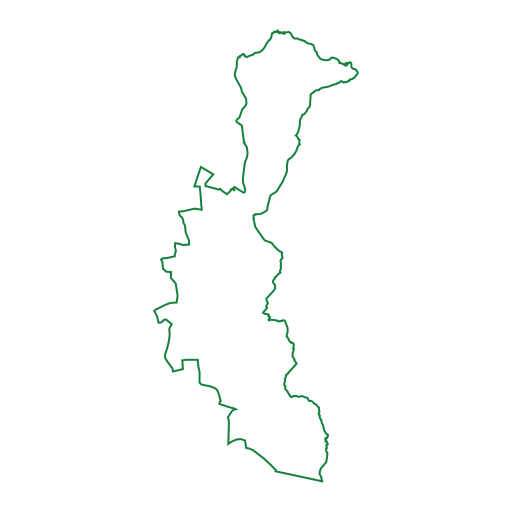 outline of Buenavista, Sucre, Colombia
{"feature_id": "7082276B40450557639680", "entity_name": "Buenavista", "entity_type": "district", "adm_level": 2, "iso_a3": "COL", "parent_name": "Colombia", "parent_adm1": "Sucre", "projection": "robinson", "projection_center": [-74.939, 9.327], "detail": "fine", "context": "isolated", "style": "outline", "palette": "green", "viewbox_px": 512, "rotation_deg": 0, "n_neighbors": 0, "source": "geoboundaries", "source_scale": "gbopen_adm2", "svg_char_len": 5992}
<svg xmlns="http://www.w3.org/2000/svg" viewBox="0 0 512 512"><path d="M238.1,57.3L236.9,61.6L236.7,67.1L235.2,71.9L234.8,75.3L235.6,78.0L241.2,88.2L241.9,91.8L246.1,98.6L246.4,103.7L246.0,104.9L242.2,109.5L239.6,117.0L238.9,118.0L236.6,120.0L236.3,121.1L236.7,121.9L241.8,125.6L242.0,126.2L243.5,139.0L244.1,141.6L244.6,143.0L244.1,143.0L246.7,147.0L247.5,151.9L247.5,154.1L246.9,157.6L245.1,161.9L244.7,163.9L242.8,179.2L243.4,183.9L245.2,189.0L244.9,191.2L244.4,192.5L243.4,192.6L234.6,187.1L234.3,187.4L234.1,187.3L233.4,188.3L234.3,190.1L233.9,190.3L232.7,188.5L231.5,189.2L231.6,189.3L229.2,192.1L227.1,194.2L222.6,191.3L220.1,188.8L219.0,189.6L205.5,186.0L205.5,183.4L213.3,174.3L200.9,167.0L194.3,186.4L199.7,186.6L200.6,194.9L201.4,206.9L201.8,207.6L201.6,209.8L194.9,208.6L183.2,211.2L178.9,211.7L179.3,214.3L179.8,215.4L182.1,217.7L183.1,219.7L183.5,223.0L185.0,225.5L185.7,232.4L189.0,240.5L189.1,244.6L183.0,245.0L179.7,243.9L175.2,243.1L174.9,244.8L175.0,247.0L175.9,250.8L174.8,254.9L174.7,256.4L172.3,256.8L167.4,258.0L163.0,258.3L161.1,259.5L162.4,261.8L163.0,268.7L166.4,271.7L171.1,272.1L170.8,277.8L175.7,283.5L177.6,295.8L176.6,302.5L170.5,302.9L166.1,304.5L155.5,309.7L154.3,310.9L157.0,316.2L158.6,322.7L161.5,322.4L163.5,320.1L165.9,319.4L171.7,324.1L169.6,328.0L169.3,330.0L169.7,334.3L169.2,339.5L167.3,347.9L165.1,354.4L164.9,356.3L165.4,358.3L166.9,360.9L172.3,368.2L173.0,371.5L182.9,369.1L182.3,360.4L185.8,359.8L197.7,359.8L198.4,366.9L199.6,372.1L199.5,382.2L200.1,383.3L201.6,384.6L210.1,386.3L215.0,388.2L216.3,389.2L217.2,390.3L218.6,393.3L220.7,401.0L219.8,401.6L219.4,404.0L230.9,407.7L233.7,408.3L235.7,409.2L233.7,409.8L232.1,410.9L227.9,417.3L228.7,419.5L228.9,424.6L228.3,443.9L231.2,441.8L236.8,439.4L241.0,439.1L245.0,440.5L246.2,447.9L249.6,448.7L253.2,450.3L263.7,458.4L271.0,465.1L274.1,468.5L275.9,470.0L275.6,471.3L322.2,481.3L320.9,476.3L319.8,474.5L319.6,472.4L320.8,468.4L325.7,462.8L326.3,461.7L327.1,457.0L327.4,453.6L327.2,452.7L326.3,451.0L326.0,448.8L326.9,448.0L326.5,446.9L326.6,446.1L326.4,445.0L327.7,444.3L327.8,443.8L327.2,442.6L326.5,442.1L326.4,441.1L325.7,441.3L325.8,440.2L325.4,439.8L325.7,439.5L325.4,438.7L326.0,438.7L326.5,437.7L327.1,437.9L328.1,435.6L327.8,434.6L327.4,434.6L327.2,434.2L326.3,433.8L324.2,430.5L324.0,428.9L323.6,428.4L323.3,426.1L322.6,424.2L322.0,423.6L321.4,421.4L321.5,420.2L320.8,419.7L320.7,419.2L319.9,418.1L319.6,416.1L319.8,415.2L318.8,414.5L318.6,414.0L318.6,413.2L319.5,411.7L318.9,409.9L319.1,407.8L317.0,405.8L316.1,404.5L314.2,403.6L313.1,402.2L311.0,400.9L309.4,400.9L308.7,400.6L307.6,398.0L307.0,397.7L304.6,397.3L303.1,396.3L302.3,396.1L298.3,396.9L296.3,395.9L292.9,396.2L291.6,397.1L291.1,397.0L290.2,396.2L288.8,393.7L288.0,392.8L287.5,391.4L285.2,388.9L285.1,387.8L285.5,386.4L285.0,385.6L284.3,385.3L284.3,382.7L285.2,380.8L284.8,379.0L285.8,377.2L285.9,375.1L286.5,374.5L287.2,374.5L288.4,372.7L296.6,363.6L295.8,362.2L294.8,361.3L294.5,359.5L293.5,357.6L292.7,356.9L292.5,356.2L292.7,353.5L293.9,348.8L293.1,348.2L293.9,345.3L293.8,344.2L292.3,342.6L291.6,343.0L291.2,342.9L290.8,342.1L289.6,341.5L288.7,339.3L286.6,336.1L287.7,331.3L287.5,327.7L284.8,320.6L283.3,320.2L281.8,321.0L281.1,320.7L279.7,321.5L279.0,321.2L277.7,321.3L276.8,320.4L272.7,319.9L270.3,319.7L269.4,320.4L268.9,320.4L268.6,319.7L269.9,317.0L269.4,316.5L268.4,316.3L268.7,314.8L267.3,314.2L264.6,313.8L263.8,313.1L263.2,313.0L263.6,312.0L267.1,307.7L266.3,306.5L266.3,305.8L268.0,303.2L267.1,301.7L266.5,299.9L266.3,298.7L273.0,291.5L275.0,288.7L275.2,287.5L274.9,284.9L273.5,283.2L273.0,281.9L273.1,280.9L273.6,279.8L274.8,278.6L274.9,277.6L275.3,277.0L276.4,276.3L277.4,274.9L279.6,273.1L280.4,272.8L280.4,272.2L280.0,271.8L280.1,270.4L280.9,268.8L281.0,267.8L280.6,266.1L281.0,265.1L280.8,264.4L280.9,262.3L280.5,261.1L280.5,260.3L281.1,259.4L282.4,258.4L282.5,257.0L282.1,256.4L282.0,255.1L281.7,254.4L282.2,252.6L278.6,250.6L273.8,245.8L271.9,243.2L270.7,242.5L265.1,240.6L263.4,238.8L255.3,226.9L253.7,219.5L253.5,218.2L253.8,218.1L253.4,215.8L254.1,214.9L255.3,214.8L255.2,214.3L256.0,214.1L260.3,214.1L265.7,211.3L267.2,210.0L267.6,206.4L270.3,195.8L271.0,195.0L276.6,191.5L283.0,181.1L283.3,180.0L286.5,173.0L287.1,169.3L286.9,166.1L287.6,161.1L288.3,159.7L291.4,157.4L294.5,154.0L296.2,151.0L298.2,145.7L299.9,144.4L299.4,143.2L299.3,140.0L299.5,139.6L298.4,139.1L297.2,136.7L296.4,135.6L295.9,135.5L297.7,132.9L298.4,131.1L299.8,125.5L299.9,120.5L300.6,118.5L301.5,117.3L302.0,115.2L304.1,114.1L305.1,113.2L306.7,111.0L307.7,108.8L309.5,106.9L310.0,105.6L310.6,95.2L311.1,94.1L316.2,90.2L318.7,90.2L320.0,88.9L322.5,87.7L328.5,86.6L334.2,84.4L336.3,84.1L337.0,83.2L339.4,82.7L340.7,81.2L342.4,81.5L343.3,82.5L344.6,82.3L345.0,82.0L345.4,82.2L346.7,81.7L347.2,81.9L348.6,80.8L349.6,80.8L349.7,79.7L351.0,79.1L352.3,79.1L353.1,78.2L354.6,77.4L357.7,73.4L357.7,72.3L356.0,69.7L354.9,69.1L353.6,69.0L351.8,67.7L351.3,66.5L351.4,64.0L350.5,62.3L349.7,62.3L349.1,62.9L347.2,63.0L347.2,63.9L347.5,64.5L347.1,65.0L346.8,64.8L347.0,64.3L346.1,63.7L346.2,65.5L345.7,65.6L344.3,64.9L344.5,64.5L344.0,64.4L343.8,63.9L342.8,64.1L341.2,63.1L339.6,63.1L339.7,62.3L338.9,61.7L338.6,60.5L336.8,58.9L333.4,57.7L331.3,57.7L329.9,59.4L328.0,60.1L324.4,60.2L323.0,59.6L321.4,59.4L320.2,58.6L317.4,55.0L316.3,51.7L314.7,50.1L314.2,47.0L313.1,45.0L310.9,44.0L308.0,43.3L305.9,42.2L304.5,40.8L302.4,40.7L302.0,39.9L298.9,39.5L297.8,38.4L295.2,38.6L294.4,38.4L292.8,37.3L291.3,34.1L290.3,32.9L288.8,32.0L286.1,32.4L283.6,32.2L283.6,32.4L284.8,32.8L284.5,33.8L280.6,32.7L280.6,32.2L280.1,32.2L279.7,33.3L278.3,32.6L278.6,31.8L277.5,31.4L277.6,30.7L277.0,30.9L277.1,31.5L274.7,32.3L274.5,31.8L274.0,31.7L273.8,32.5L272.1,33.3L271.4,36.7L270.9,38.2L270.0,39.7L269.0,40.3L266.3,44.0L264.5,47.5L261.2,51.3L258.1,52.6L254.9,52.9L253.2,54.6L249.5,55.8L246.7,57.1L245.1,56.3L245.2,56.0L244.4,55.4L244.2,54.7L243.6,53.9L242.8,54.1L240.3,56.1L239.8,56.1L239.8,57.3L238.1,57.3Z" fill="none" stroke="#15803d" stroke-width="2"/></svg>